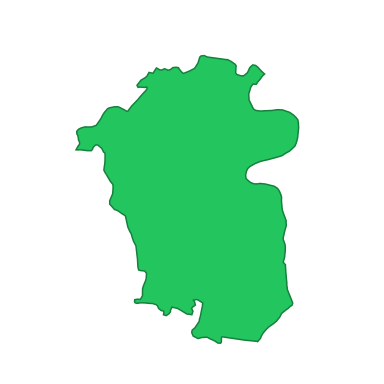 the district of Al-Shuhada, Al Minufiyah, Egypt, rotated 196°
{"feature_id": "37247803B57305898539534", "entity_name": "Al-Shuhada", "entity_type": "district", "adm_level": 2, "iso_a3": "EGY", "parent_name": "Egypt", "parent_adm1": "Al Minufiyah", "projection": "mercator", "projection_center": [30.864, 30.601], "detail": "fine", "context": "isolated", "style": "filled", "palette": "green", "viewbox_px": 384, "rotation_deg": 196, "n_neighbors": 0, "source": "geoboundaries", "source_scale": "gbopen_adm2", "svg_char_len": 4503}
<svg xmlns="http://www.w3.org/2000/svg" viewBox="0 0 384 384"><g transform="rotate(196 192 192)"><path d="M315.1,200.6L313.1,201.0L312.3,201.4L309.4,202.1L304.4,202.8L300.3,203.9L299.4,205.5L299.4,207.2L298.1,210.0L297.2,210.8L295.6,211.2L293.6,210.3L290.7,209.0L288.0,206.0L287.3,205.8L286.7,205.6L286.0,204.4L284.5,199.0L283.8,196.1L283.1,190.8L282.7,188.7L281.2,187.0L279.2,185.3L277.6,183.7L273.6,179.9L270.0,177.3L269.2,174.8L268.5,172.0L267.8,168.3L268.7,160.9L267.7,157.6L264.9,155.9L262.9,154.6L261.7,153.8L258.8,153.7L251.9,151.4L249.9,151.0L249.1,150.1L244.0,140.6L241.8,138.0L241.2,137.2L238.9,135.1L236.9,131.8L234.6,128.5L231.0,124.7L229.5,121.0L226.0,112.7L223.4,105.2L222.8,104.1L221.8,102.3L219.8,102.3L218.1,102.6L215.7,103.0L213.3,101.3L212.2,96.3L212.2,93.9L212.3,93.1L212.8,88.6L212.9,85.7L212.2,82.8L211.0,78.7L212.0,74.6L214.9,73.9L217.4,72.7L217.0,70.7L216.2,69.8L214.2,69.8L210.9,71.3L209.3,71.7L206.7,72.4L202.6,73.1L199.3,73.9L195.2,73.8L193.6,72.9L192.0,70.8L188.8,69.5L187.5,69.9L185.9,69.0L185.6,66.1L182.7,66.1L180.6,68.5L179.7,70.9L180.1,72.5L179.6,75.0L179.6,75.8L173.8,76.1L169.8,75.1L163.3,73.3L158.3,74.0L158.2,77.7L159.4,79.0L160.2,79.8L159.8,81.4L157.6,84.2L159.2,87.1L160.8,88.4L158.7,89.6L157.0,90.0L153.8,89.1L151.8,88.6L151.0,88.2L151.0,87.3L150.6,85.7L150.3,81.6L149.7,74.6L149.8,72.2L149.4,69.7L151.7,62.4L153.8,59.2L153.5,56.7L152.4,55.4L151.1,53.8L145.8,52.8L142.5,54.8L137.5,56.6L133.9,55.8L130.2,55.3L128.5,54.9L125.3,53.9L122.8,54.6L122.4,55.9L123.5,60.0L123.5,60.8L122.6,61.2L120.2,61.5L114.8,62.2L99.2,64.3L95.9,65.0L88.0,66.4L87.6,66.3L87.5,66.6L85.8,70.2L85.8,70.4L85.8,70.6L85.6,72.9L85.0,75.1L84.5,76.6L83.0,79.9L80.9,83.6L77.3,88.0L76.1,89.8L75.2,91.0L74.3,93.3L73.3,95.5L73.1,96.4L72.9,97.1L72.6,99.2L71.9,100.7L71.2,101.7L70.7,102.3L69.4,104.3L67.4,106.7L66.1,109.1L64.7,110.5L64.5,112.0L64.6,113.1L67.1,116.4L71.6,122.1L73.6,124.8L74.4,127.1L74.9,127.5L75.7,130.5L76.5,132.5L78.6,137.9L79.3,139.8L79.5,140.2L80.9,144.2L81.6,146.1L82.1,147.8L84.9,149.6L84.9,149.8L85.0,150.9L85.0,155.1L85.2,155.8L86.1,160.9L87.0,164.5L87.9,166.8L90.3,170.3L91.2,171.4L91.7,173.3L92.1,180.2L92.1,180.3L92.1,185.7L93.1,188.4L93.5,190.2L95.5,193.0L95.8,193.5L97.6,195.8L99.8,199.0L100.3,199.8L102.6,205.6L103.0,206.6L103.7,208.6L104.4,211.5L105.6,213.6L108.2,216.9L110.7,219.0L114.3,220.2L123.6,219.9L128.9,219.0L131.4,217.8L134.8,216.9L138.8,217.4L140.3,218.1L141.4,218.6L141.7,218.7L141.8,218.8L142.0,218.9L143.8,219.9L145.2,223.4L145.2,223.5L145.3,227.7L145.0,229.0L144.8,230.0L143.4,232.4L139.4,236.5L139.2,236.7L137.3,238.2L134.3,240.5L126.9,244.6L125.3,245.6L120.3,248.6L119.7,249.0L115.4,251.8L113.1,254.5L112.9,254.8L109.4,258.3L107.6,261.3L105.7,264.6L105.3,267.9L105.3,268.5L105.3,270.6L105.4,273.1L106.0,276.4L107.2,283.2L108.9,288.0L110.1,290.5L112.4,292.2L115.7,294.0L120.2,295.5L125.0,295.7L127.3,295.9L132.2,294.8L134.6,293.8L137.6,292.4L144.0,290.3L148.7,288.6L153.4,288.0L155.8,288.8L157.6,290.8L159.9,293.3L162.5,296.2L163.5,299.1L164.5,302.0L164.4,304.6L164.4,306.5L164.4,307.2L164.4,309.0L163.6,311.3L163.0,312.7L162.8,312.7L162.7,312.8L162.0,312.8L161.2,313.0L159.9,313.2L159.6,314.1L159.1,316.0L158.9,316.3L157.8,318.6L157.4,319.6L157.2,320.2L156.2,323.0L154.7,325.4L155.8,325.9L156.9,326.5L158.5,327.3L159.3,327.8L160.1,328.2L163.4,330.3L165.8,331.2L168.7,330.9L169.9,328.9L170.8,327.3L171.4,322.8L171.8,321.6L174.4,317.9L176.8,317.2L181.3,317.3L182.9,318.6L184.0,323.5L184.4,325.6L186.0,326.8L187.6,327.3L190.0,328.2L193.0,328.8L194.1,329.1L195.7,328.7L200.0,328.1L211.6,326.4L214.6,326.0L217.9,326.5L220.8,325.3L221.7,323.7L221.8,317.6L223.6,311.5L225.8,309.5L227.9,307.5L232.9,303.6L234.9,304.4L238.1,306.6L239.3,307.8L241.8,307.5L244.7,306.3L245.5,305.1L246.4,303.9L248.5,302.4L250.5,302.8L252.5,302.9L253.8,301.7L254.9,300.8L256.7,300.5L258.3,301.0L260.4,301.4L262.2,295.4L266.3,295.1L267.2,291.0L268.5,289.0L271.9,285.4L274.3,279.4L272.7,277.7L271.9,278.0L271.5,278.4L266.1,279.5L264.9,280.3L264.1,280.3L263.7,278.6L264.6,276.2L265.5,274.6L268.1,269.3L269.4,266.1L272.4,260.5L273.7,258.0L275.1,254.4L275.8,252.5L275.9,252.0L276.8,251.6L280.4,252.5L285.3,253.4L287.0,253.5L290.3,252.4L293.7,250.6L294.8,250.0L296.1,248.8L298.3,244.0L299.2,240.7L299.7,237.9L301.0,233.8L302.4,229.7L306.2,227.0L309.5,225.9L312.8,225.1L314.0,224.4L316.5,222.8L318.2,221.2L319.1,219.6L319.5,218.4L318.8,216.3L317.2,214.6L316.0,212.1L315.3,210.5L313.7,208.8L313.3,206.7L314.2,204.7L315.1,200.6Z" fill="#22c55e" stroke="#15803d" stroke-width="1.5"/></g></svg>